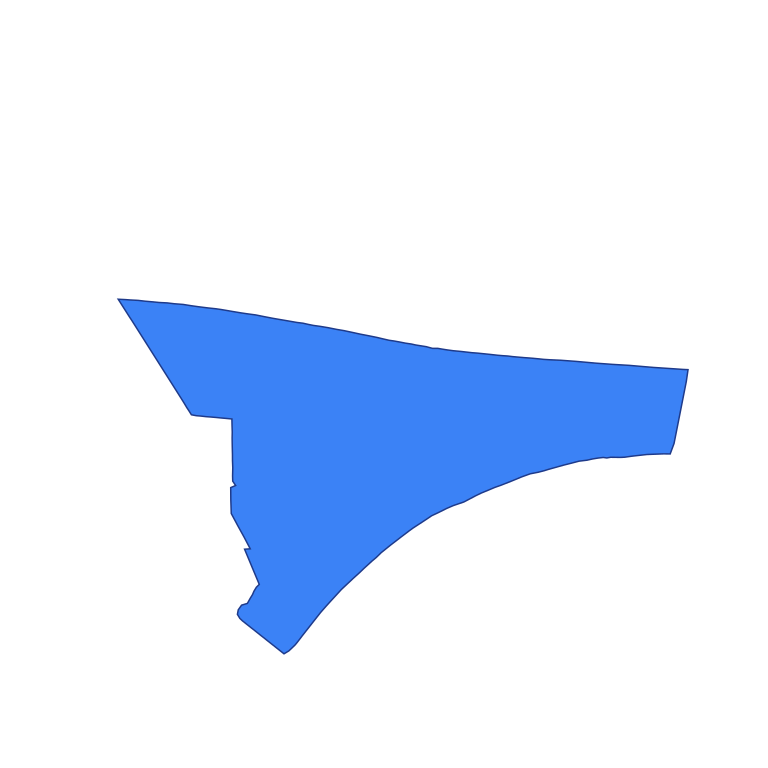 Tavares, Rio Grande do Sul, Brazil, rotated 234°
{"feature_id": "56859067B79162312615317", "entity_name": "Tavares", "entity_type": "district", "adm_level": 2, "iso_a3": "BRA", "parent_name": "Brazil", "parent_adm1": "Rio Grande do Sul", "projection": "mercator", "projection_center": [-51.071, -31.314], "detail": "fine", "context": "isolated", "style": "filled", "palette": "blue", "viewbox_px": 768, "rotation_deg": 234, "n_neighbors": 0, "source": "geoboundaries", "source_scale": "gbopen_adm2", "svg_char_len": 2379}
<svg xmlns="http://www.w3.org/2000/svg" viewBox="0 0 768 768"><g transform="rotate(234 384 384)"><path d="M224.5,144.5L224.0,150.1L224.5,154.1L225.2,159.0L226.5,163.7L228.3,169.7L232.5,184.5L236.4,198.3L238.2,206.2L239.6,212.9L242.8,228.7L244.8,244.4L245.8,253.7L246.6,259.4L247.8,270.1L248.2,275.8L249.2,282.6L249.8,294.3L250.2,308.1L250.4,317.8L250.4,322.9L250.1,328.7L249.6,339.1L249.4,345.2L248.1,351.9L246.5,361.5L244.9,368.6L241.6,379.3L239.7,392.5L238.6,398.6L236.8,406.0L235.2,412.9L233.4,418.9L230.2,431.3L227.9,440.9L225.4,449.5L222.0,456.8L219.7,462.6L218.5,466.2L216.1,472.7L212.8,481.6L209.9,488.8L206.9,496.5L203.0,503.5L200.8,508.6L198.3,513.6L195.7,518.2L193.2,520.8L191.5,524.3L189.2,527.4L185.8,531.9L183.3,535.7L179.9,542.1L176.1,548.8L172.4,555.3L168.8,560.7L163.1,569.2L159.2,574.4L165.4,583.7L180.3,599.8L208.3,630.0L216.9,638.4L220.1,634.4L226.3,627.0L232.3,619.8L238.8,612.0L243.8,606.2L254.9,593.4L265.4,580.6L276.3,567.7L289.3,552.8L299.2,541.1L305.9,532.7L310.2,527.5L313.2,524.2L317.0,519.9L319.5,517.0L322.7,513.2L327.9,507.2L330.7,504.0L333.8,500.7L337.3,496.5L340.5,492.8L345.7,487.1L350.9,481.3L354.3,477.5L357.5,473.7L361.7,469.1L365.2,465.3L370.2,459.6L374.5,455.1L378.2,451.4L381.2,448.5L384.3,444.2L389.4,440.1L393.2,436.3L396.9,432.6L400.2,429.7L404.4,425.4L408.4,421.7L412.8,417.5L416.4,413.8L421.0,409.8L425.9,405.6L431.9,400.1L438.3,394.1L443.7,389.3L450.7,383.0L456.0,377.8L462.4,371.9L468.2,366.2L472.8,361.4L476.7,357.8L480.8,354.2L484.9,349.8L491.4,343.5L495.6,339.4L499.9,335.2L502.9,332.3L509.0,326.6L515.3,320.8L521.2,314.6L525.8,309.9L531.9,303.9L535.3,300.6L540.1,295.9L543.7,292.2L549.2,286.1L555.2,279.7L560.6,274.1L566.5,268.2L572.2,261.5L577.1,256.2L582.1,250.0L586.2,245.4L591.5,239.3L596.2,234.2L600.9,228.4L604.2,224.5L608.8,218.8L587.8,217.5L583.2,217.3L490.8,211.4L485.3,211.0L481.0,210.6L476.6,210.4L472.3,210.1L468.7,213.5L465.6,217.1L462.2,220.8L459.0,224.6L455.7,228.4L452.4,232.1L448.9,236.1L445.1,240.4L439.8,236.7L434.2,232.9L429.6,229.4L423.2,224.9L416.1,220.0L411.1,216.4L405.1,212.4L398.7,207.5L394.3,204.5L389.1,204.3L390.3,199.1L380.2,191.9L369.0,184.3L355.2,182.4L342.3,180.8L329.3,178.9L332.3,174.1L295.2,165.3L294.6,161.3L292.8,157.0L290.9,153.8L289.3,149.9L286.8,144.5L288.8,138.8L287.0,133.4L283.8,130.0L279.1,129.6L275.4,130.3L224.5,144.5Z" fill="#3b82f6" stroke="#1e3a8a" stroke-width="1.5"/></g></svg>